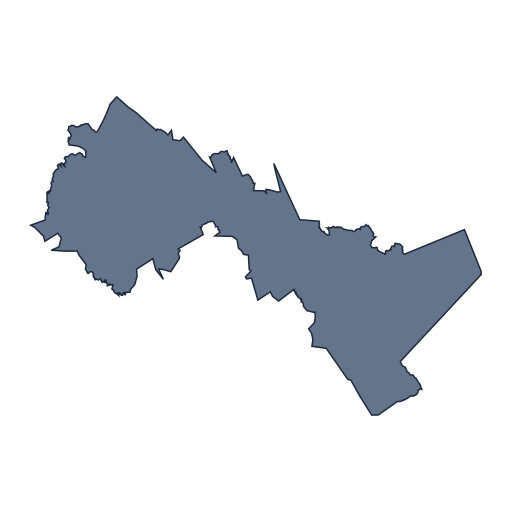 Ocampo, Durango, Mexico
{"feature_id": "50627088B65155836914423", "entity_name": "Ocampo", "entity_type": "district", "adm_level": 2, "iso_a3": "MEX", "parent_name": "Mexico", "parent_adm1": "Durango", "projection": "albers", "projection_center": [-105.7, 26.458], "detail": "fine", "context": "isolated", "style": "filled", "palette": "slate", "viewbox_px": 512, "rotation_deg": 0, "n_neighbors": 0, "source": "geoboundaries", "source_scale": "gbopen_adm2", "svg_char_len": 5983}
<svg xmlns="http://www.w3.org/2000/svg" viewBox="0 0 512 512"><path d="M34.6,227.3L43.5,236.2L44.9,241.3L57.7,233.3L61.3,238.0L58.9,246.9L51.2,250.2L64.6,251.1L77.2,251.1L79.4,255.7L85.9,264.2L86.1,265.0L85.5,268.8L85.7,269.9L86.9,271.3L87.1,272.5L87.8,273.3L88.4,273.4L89.9,271.8L91.5,271.7L92.9,272.3L93.4,274.9L93.1,276.1L93.7,277.1L94.4,277.5L94.9,279.6L95.3,279.7L95.5,279.0L98.4,280.0L99.1,279.2L100.5,278.9L101.0,280.5L102.2,282.4L103.1,281.5L104.2,282.2L104.4,281.2L104.9,282.0L105.1,281.2L104.8,280.6L105.7,279.9L106.2,280.9L106.0,282.3L106.5,282.4L107.5,284.4L107.1,285.7L107.6,285.8L108.2,285.1L109.6,285.2L109.7,284.1L111.9,285.1L112.7,284.7L113.2,285.2L112.2,287.4L112.5,289.0L112.0,289.1L113.4,290.3L114.0,291.5L114.2,291.2L115.0,293.0L116.5,293.5L117.2,294.3L117.9,292.8L118.3,292.5L119.0,292.7L119.1,293.7L118.5,293.6L118.3,294.0L118.2,294.7L118.7,295.3L118.6,294.5L119.2,294.7L120.0,293.6L120.5,293.6L120.8,293.7L120.5,294.4L121.3,295.2L122.5,295.4L123.3,294.0L124.8,294.0L125.1,294.6L125.6,293.9L125.6,293.3L122.7,292.6L129.9,292.2L131.0,288.8L134.7,284.7L137.0,276.7L136.6,269.1L152.8,258.7L155.8,269.8L163.4,279.3L158.6,269.0L163.1,269.5L170.8,271.7L179.2,258.7L179.6,256.9L178.1,253.3L180.1,250.6L178.1,248.9L203.2,234.6L200.3,227.1L201.4,227.4L202.3,225.1L205.3,223.6L206.5,223.5L207.5,222.2L212.3,221.3L213.0,221.5L215.3,224.7L215.5,226.8L217.2,226.6L217.9,227.0L218.0,229.3L219.0,230.1L219.0,230.7L219.4,230.6L219.8,231.1L219.6,231.7L219.8,232.3L214.9,235.9L232.2,236.4L237.0,239.7L238.6,248.4L240.8,250.0L243.9,254.5L248.4,255.1L249.2,269.4L251.0,271.0L245.5,276.8L246.5,278.9L251.5,278.2L257.9,300.1L270.2,291.9L272.7,296.5L278.7,301.0L293.9,289.4L294.0,290.7L294.3,291.1L294.7,290.9L295.0,292.5L295.9,292.2L295.8,293.9L296.2,293.9L296.0,294.1L297.0,295.3L297.3,296.0L298.2,296.1L297.9,296.7L298.1,297.3L300.3,298.4L300.5,299.3L301.3,299.3L300.9,299.9L301.0,300.3L301.5,300.2L301.1,301.4L301.4,301.9L302.6,302.2L302.5,302.6L303.1,303.1L303.6,306.6L307.0,310.7L314.1,312.4L314.9,312.2L315.3,317.0L314.4,322.6L308.6,328.9L311.6,333.3L312.9,339.8L311.9,346.3L326.3,348.4L347.9,379.5L350.9,380.2L359.6,395.8L371.7,415.1L378.2,415.0L397.1,401.7L401.4,401.2L403.0,400.1L403.2,400.4L403.9,400.1L404.3,399.5L405.5,399.5L406.1,398.7L407.2,398.5L410.0,396.3L411.4,395.8L412.0,396.1L412.3,395.7L413.1,396.1L415.4,395.2L417.0,394.0L417.9,392.4L418.3,390.2L419.2,389.9L420.0,388.8L421.7,389.4L420.0,384.2L419.0,383.2L416.0,378.2L415.0,377.8L412.9,374.9L410.1,375.0L409.0,372.8L407.2,371.7L405.3,367.2L402.4,365.9L400.3,361.5L481.3,274.4L481.0,273.7L481.2,271.5L464.4,229.6L404.5,254.2L402.3,252.4L402.9,250.4L402.3,248.7L402.7,247.0L400.6,244.6L399.1,243.8L398.0,244.0L395.9,243.2L395.1,243.5L394.3,245.1L394.5,246.5L392.0,246.1L390.6,248.7L391.0,249.7L390.8,250.0L389.6,249.9L388.3,251.1L386.7,250.4L385.8,250.9L385.4,251.9L385.6,253.8L385.3,254.2L379.0,251.3L378.6,250.5L378.1,250.5L377.4,249.5L377.2,247.7L376.0,247.2L375.0,248.0L372.0,247.4L371.0,246.3L370.4,244.6L371.0,243.5L371.4,241.8L372.7,239.6L373.3,239.4L375.7,236.9L373.9,236.9L373.6,236.5L373.2,235.1L373.7,233.6L370.9,229.7L370.7,228.6L368.6,226.4L368.4,225.6L367.3,225.8L366.1,224.6L364.6,226.5L361.2,226.7L360.2,228.1L360.3,228.5L359.8,228.6L360.1,229.4L358.7,228.9L357.0,229.2L355.8,229.8L355.0,231.0L353.3,231.6L351.9,230.4L348.5,230.3L343.3,229.0L341.3,227.4L340.4,227.1L338.9,227.6L338.2,226.8L337.3,227.6L336.6,227.5L336.7,227.1L336.1,227.1L335.9,227.6L335.1,227.7L334.2,227.3L334.0,226.6L332.8,226.6L331.5,227.7L330.3,227.7L329.7,228.1L328.8,227.3L328.3,228.0L327.2,228.0L327.8,228.4L327.8,228.9L329.0,230.6L329.3,231.7L329.1,232.9L329.6,234.3L329.3,234.8L328.3,235.2L324.8,233.5L324.3,231.9L323.1,231.9L322.9,231.2L321.8,231.2L321.4,230.9L321.0,230.4L321.1,229.8L320.8,229.2L319.4,228.3L319.1,227.0L319.5,226.9L318.8,226.2L319.2,224.7L319.6,224.1L319.2,223.5L319.2,221.2L299.8,219.7L273.8,163.4L275.1,169.7L280.6,191.6L277.5,192.1L269.0,189.7L265.9,189.5L266.1,192.2L267.3,194.0L264.2,190.9L253.4,190.5L254.9,183.3L253.1,183.3L252.8,183.0L253.2,182.6L252.9,182.3L252.8,181.1L252.1,179.7L251.4,179.3L250.6,177.0L247.9,174.2L242.4,176.0L233.6,157.5L231.3,162.9L231.3,159.9L230.2,159.3L230.2,157.5L229.7,156.0L227.4,154.2L227.9,153.6L227.6,153.3L227.5,151.7L227.2,150.9L225.8,150.9L224.8,151.8L224.1,152.0L221.6,151.3L219.5,152.5L219.3,153.0L218.6,153.7L214.3,153.6L211.9,155.1L211.2,156.8L210.6,157.4L209.6,157.1L216.3,172.7L202.1,160.3L183.4,137.1L180.1,140.7L172.9,139.7L171.4,130.3L168.2,134.7L167.6,134.8L165.6,132.6L160.4,129.4L159.1,129.6L157.0,129.1L156.4,130.6L135.7,112.3L128.5,107.3L116.7,96.9L110.2,104.0L107.2,111.7L103.1,120.9L97.1,132.0L95.5,132.0L93.5,129.9L92.1,129.6L88.0,123.7L85.0,123.9L84.0,124.5L83.2,124.4L81.6,125.5L81.0,124.9L79.2,126.5L76.1,127.1L73.7,125.5L71.6,125.4L71.0,126.0L68.8,126.6L68.7,128.9L68.1,129.5L68.0,130.4L70.5,133.5L71.4,135.7L70.7,136.3L70.1,138.4L69.2,138.4L68.7,137.6L68.4,138.0L68.3,139.1L69.1,139.3L69.2,139.7L69.1,140.2L68.1,140.9L68.1,141.4L69.1,144.9L78.3,146.1L83.5,148.8L85.6,150.7L86.0,154.9L85.4,156.5L85.5,157.3L85.1,157.5L83.4,156.3L81.7,153.7L80.9,153.5L79.8,152.6L78.8,153.3L77.3,153.6L76.8,154.6L75.1,155.4L72.7,153.9L70.5,154.2L68.7,156.4L65.5,156.7L64.3,158.3L64.5,158.8L65.2,159.1L66.0,161.8L65.9,162.7L64.6,163.1L64.0,164.4L64.8,166.8L64.4,166.7L64.2,165.7L63.5,165.2L62.9,163.7L61.5,163.0L60.7,163.5L60.6,164.1L61.0,166.2L60.2,165.4L59.3,164.0L57.5,165.3L57.5,166.1L58.0,166.8L58.2,169.0L56.3,169.5L54.1,172.3L53.1,174.2L53.7,176.2L52.5,177.8L52.6,178.7L52.2,179.8L52.2,180.4L53.2,181.3L53.1,181.7L51.5,182.1L51.0,182.8L51.7,185.9L50.4,189.7L50.5,191.2L49.1,190.7L48.6,191.7L49.3,192.8L49.0,193.4L48.0,193.4L47.9,192.1L47.4,191.8L46.9,192.4L47.0,195.4L47.3,196.0L46.9,197.5L47.2,200.5L46.7,202.0L47.1,202.5L48.4,202.4L47.8,205.3L48.3,206.5L49.0,207.1L48.7,208.4L47.5,210.0L47.8,210.5L47.5,211.5L48.5,213.2L47.9,214.3L46.0,212.5L45.7,212.8L45.1,220.0L30.7,225.2L34.6,227.3Z" fill="#64748b" stroke="#1e293b" stroke-width="1.5"/></svg>